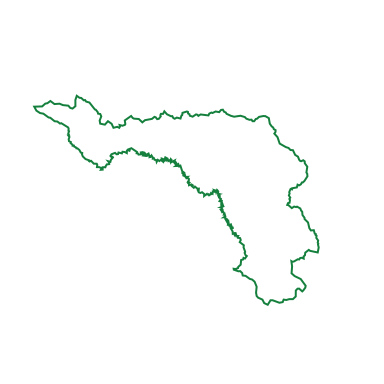 Moyobamba, San Martín, Peru, rotated 339°
{"feature_id": "86281439B55224927366475", "entity_name": "Moyobamba", "entity_type": "district", "adm_level": 2, "iso_a3": "PER", "parent_name": "Peru", "parent_adm1": "San Martín", "projection": "natural_earth1", "projection_center": [-77.231, -5.91], "detail": "fine", "context": "isolated", "style": "outline", "palette": "green", "viewbox_px": 384, "rotation_deg": 339, "n_neighbors": 0, "source": "geoboundaries", "source_scale": "gbopen_adm2", "svg_char_len": 6083}
<svg xmlns="http://www.w3.org/2000/svg" viewBox="0 0 384 384"><g transform="rotate(339 192 192)"><path d="M273.9,147.6L273.5,145.8L271.5,145.2L269.0,143.0L268.2,141.0L264.6,138.2L258.3,136.8L255.6,134.8L252.3,131.4L252.0,129.8L250.7,128.6L250.3,126.2L248.5,125.8L246.0,127.2L242.9,125.3L239.5,125.6L238.6,124.8L236.2,125.0L234.8,126.4L227.8,122.7L225.2,123.2L224.8,121.9L223.6,121.0L219.6,121.9L217.3,120.0L217.5,118.5L216.5,117.3L216.9,115.7L216.0,115.0L211.5,114.7L210.4,116.7L209.6,116.8L207.6,119.3L204.5,117.1L202.1,117.4L201.1,116.3L200.8,114.1L199.6,113.8L196.5,110.5L195.1,106.8L193.0,108.7L191.0,107.9L190.0,108.9L189.9,110.2L187.2,111.8L185.6,111.5L184.9,109.3L183.9,108.4L180.8,109.4L173.9,108.1L170.6,109.2L168.5,104.8L164.1,102.7L163.2,101.7L162.4,99.2L154.9,101.1L154.1,104.7L153.4,105.3L150.8,105.2L148.4,103.5L148.2,105.1L147.1,106.0L145.6,104.4L141.7,103.9L141.4,99.5L138.9,95.8L134.8,97.9L130.8,95.3L131.4,92.2L134.4,88.9L134.3,86.3L132.4,85.2L132.6,83.6L131.7,80.8L130.9,80.1L128.3,71.7L125.6,69.7L125.1,67.8L123.8,67.6L122.3,64.5L120.7,63.7L118.9,60.9L116.1,64.3L113.9,70.1L110.4,71.3L108.5,69.9L107.5,67.1L102.6,64.6L100.0,62.1L95.1,60.6L92.4,56.3L88.8,57.3L86.7,56.9L82.8,58.4L75.3,55.8L75.9,60.3L78.4,63.8L81.3,65.6L84.8,71.0L86.3,71.9L89.1,76.7L91.6,78.0L93.3,80.8L94.6,80.9L99.4,87.2L99.6,88.4L98.6,90.6L99.0,91.2L97.4,93.1L97.6,94.6L96.7,94.6L97.3,96.7L95.8,98.5L95.4,100.5L96.8,102.0L96.2,102.9L97.4,105.0L97.1,106.0L98.4,106.4L98.3,107.4L99.6,108.7L99.7,109.8L100.6,110.1L101.9,112.4L102.3,115.3L103.5,116.2L102.8,117.5L102.8,119.6L104.4,123.1L107.3,125.6L106.9,126.1L107.3,126.8L109.0,126.8L110.4,130.3L113.2,131.5L113.3,132.7L112.2,134.7L114.2,135.5L115.8,137.1L116.0,137.7L114.9,138.6L116.6,139.1L117.4,136.9L119.6,137.6L120.3,138.5L120.0,137.5L122.4,135.7L124.7,136.3L125.2,134.7L124.7,133.2L126.6,134.6L127.8,132.9L130.6,131.4L130.4,130.6L129.3,130.4L128.8,129.1L130.4,127.9L134.2,127.9L135.1,129.7L136.5,130.1L137.5,128.8L140.4,130.8L141.5,129.5L143.6,130.6L145.1,132.3L146.0,130.1L146.8,129.7L148.4,131.1L148.9,130.5L148.4,129.4L151.1,129.4L155.0,134.9L154.2,136.0L155.4,136.7L155.5,137.9L158.0,138.6L158.4,136.7L160.2,137.1L159.6,139.4L160.3,139.5L161.1,138.1L161.7,138.2L162.6,141.1L160.8,141.2L162.2,142.0L163.7,142.2L163.8,140.7L165.2,140.5L165.1,142.8L166.0,143.4L165.1,144.3L166.0,144.5L167.3,143.4L167.8,145.8L167.4,146.7L168.5,146.7L168.6,148.5L170.1,149.4L169.8,151.2L171.6,149.7L172.6,151.4L174.3,150.9L175.8,153.3L176.2,152.2L175.4,150.8L175.7,149.9L177.3,151.3L177.6,152.5L179.5,150.1L180.5,151.3L179.2,151.9L179.3,153.4L181.1,152.9L181.0,154.6L182.6,154.3L182.7,155.9L184.0,153.8L184.4,154.7L183.1,156.3L183.4,156.8L186.8,156.4L185.7,157.4L186.3,159.2L187.4,158.2L187.9,160.1L186.8,159.9L187.5,161.5L186.1,161.9L188.8,162.8L188.7,161.6L189.2,161.3L189.2,163.6L190.6,163.3L190.3,169.0L191.5,171.0L190.8,171.2L189.4,170.0L190.4,172.1L189.8,173.5L190.4,174.1L191.5,173.4L191.4,175.7L193.0,176.2L191.7,176.6L191.7,177.2L193.3,177.6L193.8,178.6L193.1,180.2L192.1,180.8L192.8,182.0L191.5,182.0L192.1,183.7L191.7,184.6L194.2,184.7L195.1,186.0L194.6,186.3L194.0,185.6L193.8,186.2L195.2,188.7L196.7,188.0L198.3,190.9L199.6,191.3L198.8,192.9L198.1,192.7L198.2,194.7L199.5,195.9L201.3,195.8L202.7,198.3L201.9,200.1L205.2,199.1L205.3,199.8L206.7,200.0L206.7,202.0L207.2,200.8L208.9,200.9L209.4,199.9L210.5,201.1L211.6,198.9L213.5,200.1L213.3,198.1L214.8,199.3L214.6,200.7L216.1,199.1L216.5,200.0L215.8,200.6L216.5,201.3L215.6,202.9L216.9,203.8L216.0,203.8L214.6,205.4L215.7,204.8L216.5,205.6L216.3,206.1L215.4,205.9L215.2,206.8L216.5,208.7L214.4,210.4L214.8,210.7L216.1,209.9L216.7,211.0L216.1,211.6L216.2,213.2L215.8,213.3L215.7,212.4L215.2,213.3L216.1,213.7L216.1,215.5L214.7,214.7L214.3,215.8L215.1,216.6L213.5,216.6L214.4,217.1L213.9,217.7L214.1,218.8L212.5,218.7L212.8,220.0L213.5,219.3L214.0,220.2L213.3,221.3L214.7,221.2L213.5,221.9L214.7,223.5L213.6,224.6L214.5,225.0L214.4,226.6L212.8,227.0L214.1,227.4L213.5,228.7L214.9,230.0L214.5,231.3L215.6,231.6L215.3,233.2L213.9,231.8L214.3,234.5L213.8,235.4L214.7,235.6L214.6,236.7L215.7,238.1L215.9,236.4L216.7,236.2L216.6,239.0L217.3,239.7L217.1,240.3L215.2,239.8L215.8,243.4L215.1,245.6L216.1,245.6L216.4,247.3L217.3,245.7L218.0,246.0L217.7,248.7L219.3,249.6L218.3,250.3L218.3,251.1L220.4,252.3L220.3,254.3L218.6,255.9L221.3,260.3L220.3,262.1L220.2,267.0L219.3,267.7L219.4,270.3L220.2,271.4L217.6,273.1L216.5,272.0L215.5,273.3L213.5,273.1L211.4,277.3L208.3,278.5L207.7,279.5L204.9,279.5L203.4,278.6L203.2,279.5L207.0,282.7L208.6,283.1L209.8,285.6L209.4,288.1L212.0,289.5L214.8,293.8L216.8,295.3L218.3,298.2L218.4,303.6L215.7,309.0L215.1,312.3L215.9,314.4L219.2,317.7L219.6,321.6L222.3,324.4L226.5,321.2L228.5,322.0L233.9,326.7L237.2,327.3L239.0,325.3L241.3,326.6L244.5,326.9L247.8,328.2L251.4,326.7L253.6,321.2L255.9,320.1L257.4,320.6L259.3,324.3L260.6,323.8L263.5,321.9L264.5,320.3L262.3,312.2L257.7,307.3L255.8,303.6L258.8,297.3L260.0,292.2L260.7,293.1L262.2,293.4L266.7,292.7L267.8,293.4L269.4,292.4L271.0,292.8L272.4,294.2L273.1,292.2L274.8,291.5L276.0,289.2L280.3,287.9L281.2,289.3L287.7,293.5L290.4,289.2L290.8,286.2L291.4,285.5L291.2,284.4L292.4,282.5L291.6,279.4L292.6,277.4L292.0,276.6L292.5,275.7L291.7,274.9L292.0,271.3L289.2,270.5L288.6,267.8L289.4,262.0L287.4,257.6L287.8,256.3L286.9,253.1L287.8,249.9L287.2,248.4L287.2,246.2L284.8,243.3L283.8,243.4L282.1,242.2L279.4,242.8L277.3,238.8L276.3,238.2L277.6,236.8L279.2,237.0L280.6,234.6L280.4,233.4L281.7,232.5L281.2,229.9L282.6,228.4L282.7,227.0L285.0,224.6L286.1,224.4L286.4,225.3L287.4,224.5L291.5,225.3L293.2,223.0L294.3,224.2L296.3,223.9L298.0,222.5L298.9,222.8L300.9,222.0L305.4,218.7L306.1,216.2L305.8,214.8L308.7,209.7L307.6,205.6L308.2,203.8L307.2,202.2L305.0,202.4L304.2,201.9L303.6,200.3L303.6,197.0L301.6,194.3L301.2,189.1L299.0,188.1L297.9,185.5L295.7,183.7L291.2,178.2L291.5,171.4L289.8,167.0L291.5,165.8L292.2,164.2L290.9,162.6L290.9,160.9L289.9,159.3L289.1,156.1L290.2,150.6L287.7,147.5L285.7,146.6L281.5,145.9L279.0,146.9L277.7,146.7L275.4,148.2L273.9,147.6Z" fill="none" stroke="#15803d" stroke-width="2"/></g></svg>